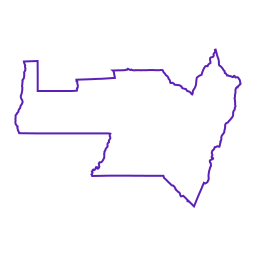 the district of Ariquemes, Rondônia, Brazil
{"feature_id": "56859067B41513078802850", "entity_name": "Ariquemes", "entity_type": "district", "adm_level": 2, "iso_a3": "BRA", "parent_name": "Brazil", "parent_adm1": "Rondônia", "projection": "equal_earth", "projection_center": [-62.902, -9.979], "detail": "fine", "context": "isolated", "style": "outline", "palette": "violet", "viewbox_px": 256, "rotation_deg": 0, "n_neighbors": 0, "source": "geoboundaries", "source_scale": "gbopen_adm2", "svg_char_len": 5477}
<svg xmlns="http://www.w3.org/2000/svg" viewBox="0 0 256 256"><path d="M240.6,83.8L240.3,82.9L240.0,81.2L239.7,79.9L239.3,79.3L238.9,78.9L238.6,78.2L238.2,77.6L237.2,77.2L235.6,77.5L235.2,77.2L234.9,76.4L234.4,75.9L233.7,76.1L233.1,77.0L232.5,77.1L231.6,76.5L230.8,76.3L230.1,76.1L229.2,76.0L228.1,75.4L227.1,75.5L226.5,74.4L225.9,73.5L224.8,73.0L224.6,71.1L223.7,70.4L223.1,69.3L222.2,68.0L220.9,66.5L219.2,65.4L219.0,64.6L218.9,63.3L218.9,61.4L218.4,58.9L217.8,57.5L217.2,55.5L216.9,54.8L216.5,52.7L215.6,49.6L215.0,49.8L215.2,51.7L214.6,52.7L213.7,53.7L213.5,54.6L213.8,55.6L213.4,56.4L213.0,56.8L212.3,57.1L210.9,57.4L210.3,57.8L210.0,58.8L210.1,60.2L210.4,61.7L210.5,62.9L210.0,63.3L208.5,64.3L208.1,64.9L207.6,66.2L206.7,66.1L206.0,66.0L205.3,66.3L204.8,67.1L204.1,68.1L203.1,70.2L202.2,72.5L201.6,74.7L200.8,75.2L199.8,75.5L198.9,76.0L197.4,77.2L196.9,77.7L196.6,78.5L196.5,79.4L196.0,84.4L195.8,85.4L195.0,87.5L194.5,88.4L194.0,89.1L193.1,90.5L192.9,91.1L192.8,92.1L192.7,93.2L192.3,94.4L191.6,94.2L191.3,93.4L190.3,92.4L189.5,91.8L188.6,91.3L188.0,91.3L187.0,90.8L186.0,89.1L185.3,89.0L182.4,88.2L181.8,87.5L181.5,86.4L180.5,86.0L179.8,85.4L179.1,85.1L177.8,85.1L176.7,84.9L175.2,84.8L174.4,84.6L173.9,83.7L172.6,82.8L171.6,82.9L171.0,83.1L170.4,82.8L170.1,82.1L170.1,81.4L169.8,80.3L169.3,79.5L168.7,79.0L168.4,78.2L168.2,77.3L167.0,75.9L165.9,75.2L164.7,73.3L164.2,72.9L163.4,72.0L163.0,70.8L162.5,70.1L160.9,70.0L159.4,70.2L154.9,70.2L153.7,70.0L151.9,70.1L150.0,70.0L146.7,70.2L144.8,70.2L144.0,70.2L142.7,70.2L140.5,70.3L139.4,70.1L138.6,70.2L136.5,70.2L135.9,70.1L135.1,70.3L133.6,70.3L132.4,70.1L131.5,69.6L130.9,70.0L130.1,69.9L129.5,69.5L128.7,69.3L127.9,68.8L127.2,69.7L126.3,69.6L125.6,70.1L118.9,70.4L118.2,70.2L117.5,70.4L112.8,70.5L113.4,71.0L113.7,71.8L114.0,73.0L114.4,75.2L114.9,77.9L106.0,78.5L101.0,78.8L97.1,78.9L91.2,79.2L88.0,79.3L76.4,79.7L76.5,81.0L77.2,80.8L77.3,82.3L77.3,83.6L77.7,84.7L77.8,85.9L77.8,87.0L77.6,87.8L76.9,88.3L77.1,89.3L76.8,90.7L71.7,91.0L37.7,91.0L37.7,84.4L37.7,78.3L37.7,72.6L37.6,61.0L23.9,61.5L24.1,62.6L24.5,63.7L24.9,64.7L25.2,65.4L25.0,66.1L25.1,67.5L25.5,68.4L25.2,69.4L25.3,70.3L25.0,70.9L24.4,71.8L24.1,72.4L24.3,73.6L24.1,74.8L24.3,75.5L24.1,76.7L23.9,77.8L23.7,78.6L22.7,79.7L22.4,80.4L22.7,81.1L22.4,82.2L22.4,83.5L22.2,84.9L22.0,86.4L22.4,87.3L22.3,88.6L22.3,89.6L22.2,90.7L21.9,92.4L21.5,94.0L21.1,95.1L20.8,95.8L20.8,97.0L21.0,97.9L21.4,98.9L21.9,99.6L22.3,100.5L22.5,101.2L22.6,102.2L22.2,103.2L21.7,104.3L21.2,104.9L20.5,106.2L20.3,107.2L20.0,108.2L19.2,109.1L18.7,109.8L18.5,111.1L18.3,111.9L17.5,112.7L16.9,113.3L16.7,114.2L16.1,114.6L15.6,115.3L15.6,116.1L15.6,117.4L15.5,118.3L15.4,119.2L15.6,120.4L15.4,121.5L15.4,122.8L15.6,123.5L15.7,124.2L16.2,124.9L16.7,125.6L17.1,126.1L17.6,126.4L17.6,127.2L17.3,127.8L17.6,128.7L17.9,129.6L17.9,130.4L18.4,131.1L18.8,132.0L19.2,133.2L37.5,133.4L50.3,133.4L51.4,133.4L64.9,133.4L103.2,133.4L108.6,133.4L110.3,133.7L109.7,135.0L109.7,136.1L110.2,137.0L110.3,138.2L109.7,139.3L108.9,140.4L108.9,141.3L109.0,142.2L108.0,142.9L107.5,144.0L107.4,144.7L107.6,145.4L107.5,146.7L106.8,147.4L106.3,148.1L105.9,148.7L105.5,149.4L105.3,150.3L104.9,151.0L104.4,151.8L104.5,152.9L104.1,153.8L104.3,155.2L104.3,155.9L104.2,156.8L104.2,157.9L103.6,158.7L103.3,159.7L102.9,160.2L102.5,160.9L101.9,161.7L101.3,162.1L100.6,162.5L99.5,162.3L98.8,163.6L99.0,165.0L99.3,167.0L98.4,168.4L97.9,168.7L97.3,168.3L96.9,167.1L96.0,167.2L95.6,168.2L95.3,169.2L94.7,169.7L94.0,170.2L93.3,169.6L92.8,170.0L92.3,171.0L91.8,171.7L92.5,172.7L92.1,173.9L91.5,174.5L92.0,175.2L92.2,176.0L107.4,175.7L131.9,175.7L150.6,175.8L163.4,175.8L164.0,177.8L165.3,179.0L166.2,179.8L168.1,181.8L168.8,182.5L170.2,183.7L170.8,184.5L171.5,185.1L172.0,185.4L172.6,185.5L173.3,185.6L173.8,186.2L174.3,186.6L174.7,187.2L175.0,188.0L175.5,188.5L175.6,189.5L176.1,189.9L176.8,190.5L177.5,191.2L178.1,191.8L179.4,192.6L179.8,193.4L180.1,194.2L180.4,195.5L180.9,196.3L181.6,196.3L183.2,195.8L184.4,196.9L185.2,197.6L186.8,199.3L187.6,200.2L187.5,201.2L188.1,201.4L188.5,200.9L194.0,206.4L194.4,205.5L197.9,196.8L201.3,189.0L203.0,184.9L203.9,182.8L205.1,183.5L206.7,182.7L207.4,182.0L207.8,181.4L208.1,180.4L208.6,179.7L208.7,178.6L208.6,177.4L208.6,176.6L208.5,175.3L208.8,173.1L209.0,171.9L209.2,170.8L209.6,169.4L209.9,168.6L210.0,167.8L210.6,166.6L211.0,165.8L210.8,164.9L210.9,163.7L210.5,162.8L210.0,162.3L209.8,161.1L210.1,160.3L211.3,159.7L212.3,159.3L213.1,158.7L212.9,158.0L212.0,157.8L211.6,157.1L211.8,156.2L212.3,155.7L212.4,154.9L211.9,153.7L211.8,152.5L212.0,151.9L212.2,151.2L212.5,150.4L213.4,149.9L213.9,149.4L214.4,148.1L214.7,147.2L215.4,147.2L216.4,146.7L217.1,146.4L217.7,146.2L218.5,146.7L219.4,146.7L219.8,145.4L220.0,143.9L220.5,142.5L220.3,141.5L220.9,140.9L221.3,139.4L221.4,138.4L221.3,137.5L221.5,136.5L221.8,135.7L222.3,135.0L222.9,134.3L223.4,133.4L224.1,132.7L224.3,131.9L224.3,131.1L224.5,130.2L224.9,128.7L225.0,127.8L225.2,126.7L225.1,125.2L225.4,124.3L226.2,123.2L227.3,122.7L228.1,122.3L228.6,121.5L229.3,120.6L229.9,120.1L230.5,119.3L231.3,118.4L231.9,117.7L232.7,116.4L233.1,115.2L233.2,113.8L233.1,112.5L233.6,111.0L234.7,109.6L234.8,107.7L235.1,107.0L235.5,106.3L235.2,105.0L235.1,103.9L235.2,102.8L234.9,100.5L234.9,99.3L234.5,98.3L234.9,97.0L235.0,96.1L235.0,95.2L235.1,94.1L235.4,93.1L235.5,92.2L235.5,90.9L235.4,90.0L235.7,89.1L236.2,87.9L236.9,87.2L237.6,87.4L238.0,86.4L238.7,85.6L239.4,85.3L239.9,84.3L240.6,83.8Z" fill="none" stroke="#5b21b6" stroke-width="2"/></svg>